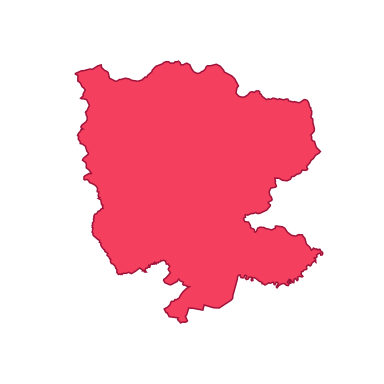 Lampa, Puno, Peru (orthographic projection), rotated 104°
{"feature_id": "86281439B39417167218696", "entity_name": "Lampa", "entity_type": "district", "adm_level": 2, "iso_a3": "PER", "parent_name": "Peru", "parent_adm1": "Puno", "projection": "orthographic", "projection_center": [-70.526, -15.382], "detail": "fine", "context": "isolated", "style": "filled", "palette": "rose", "viewbox_px": 384, "rotation_deg": 104, "n_neighbors": 0, "source": "geoboundaries", "source_scale": "gbopen_adm2", "svg_char_len": 5953}
<svg xmlns="http://www.w3.org/2000/svg" viewBox="0 0 384 384"><g transform="rotate(104 192 192)"><path d="M230.2,54.9L227.7,55.7L226.0,58.0L226.5,56.3L224.6,55.0L223.1,55.9L220.7,53.9L220.4,52.5L222.1,51.9L221.6,50.5L220.5,50.2L219.0,50.7L217.9,53.3L216.7,53.8L216.6,54.3L217.8,56.3L217.0,57.2L217.6,58.4L217.0,60.6L218.5,61.1L219.4,62.0L216.8,64.7L214.9,68.3L209.5,71.4L208.2,73.5L206.9,74.5L207.6,78.4L209.8,80.8L209.9,85.1L207.9,89.7L204.6,93.3L203.9,95.9L204.6,102.0L205.0,102.9L206.6,102.3L209.5,105.4L209.5,112.1L209.0,113.5L209.7,117.7L211.3,119.5L214.6,120.0L215.6,120.8L215.5,121.8L213.9,122.1L213.1,122.9L212.5,126.5L210.3,127.2L207.5,129.9L208.0,133.6L205.6,135.5L204.7,135.4L203.5,134.0L201.9,134.8L201.0,134.6L201.0,132.3L198.6,129.3L198.1,127.4L196.5,125.2L197.1,123.2L196.2,120.9L191.3,115.0L186.6,112.7L185.6,112.8L184.4,115.2L183.6,115.5L180.8,112.6L180.1,112.4L177.6,113.8L176.6,115.5L173.3,117.2L169.3,116.6L167.0,112.0L165.9,111.5L162.7,113.7L161.5,113.5L158.6,115.0L157.6,110.8L158.8,107.1L158.1,102.4L155.8,99.6L152.9,98.9L152.2,96.8L149.0,94.2L148.8,93.0L147.0,91.1L144.0,90.4L143.6,87.2L142.8,85.8L141.6,85.3L140.2,86.7L139.3,86.9L135.1,84.7L132.4,84.1L130.5,82.5L126.5,81.0L123.5,78.1L121.6,77.2L118.5,82.3L113.3,85.4L113.2,87.0L112.2,88.6L109.5,89.2L108.1,90.5L103.5,88.2L101.3,88.4L95.4,91.5L92.0,92.5L90.6,94.9L88.4,94.6L84.7,95.3L83.3,96.7L81.7,97.0L80.9,98.4L77.2,100.4L75.2,102.4L75.1,105.5L79.0,108.8L79.6,110.5L79.5,114.3L80.1,115.2L80.2,119.8L80.0,120.5L78.7,121.3L78.7,122.0L79.3,123.8L80.4,125.2L80.4,129.9L81.7,131.4L81.2,133.1L81.3,136.2L83.1,138.1L83.1,140.6L84.4,142.0L82.2,147.1L80.6,148.4L80.0,150.1L78.2,150.7L77.8,152.1L78.4,154.2L80.3,155.7L80.1,157.4L81.0,159.7L84.5,161.5L87.4,164.4L88.0,168.0L87.6,170.0L85.5,173.2L80.1,173.6L77.9,172.5L71.7,178.1L69.7,181.6L67.8,189.6L66.1,190.9L63.0,195.3L62.2,199.3L65.1,204.8L65.7,207.4L66.8,208.4L69.6,208.9L71.9,210.3L72.6,211.6L74.6,213.1L75.7,215.5L74.9,219.5L72.0,222.7L69.2,224.7L68.3,227.9L68.5,228.8L70.7,231.3L71.3,233.7L69.5,234.6L68.3,236.8L69.4,238.1L69.6,239.9L71.6,240.9L71.6,242.4L72.3,243.8L71.2,246.3L71.9,248.8L73.3,250.8L74.9,251.8L78.8,257.5L83.5,260.1L85.0,260.0L89.6,263.3L91.4,263.5L91.8,265.4L93.0,265.8L93.7,266.8L95.1,267.2L97.6,271.3L98.2,277.4L97.5,280.3L97.7,284.2L100.2,288.5L100.2,289.4L102.8,292.0L102.9,293.6L101.5,299.6L96.3,302.3L95.4,304.2L95.3,305.9L93.2,309.7L90.6,310.9L92.4,313.9L97.2,318.5L97.3,320.7L100.3,326.0L101.1,328.6L105.2,333.8L105.8,333.7L106.6,330.8L111.9,329.7L113.3,326.6L116.4,324.2L117.3,322.1L119.0,320.2L122.8,321.3L124.0,321.3L124.9,320.7L128.0,322.8L128.3,322.0L127.8,319.5L128.0,316.5L132.8,312.5L138.9,313.7L139.6,314.5L140.7,314.6L141.4,313.6L142.8,313.4L144.3,311.9L147.6,311.2L150.0,312.1L153.1,314.7L155.5,315.6L156.6,315.0L157.3,313.0L158.4,314.8L159.8,314.9L162.2,316.2L164.8,316.8L165.5,315.5L168.1,315.2L170.5,312.5L172.0,312.2L172.0,310.0L173.3,306.6L178.1,303.7L179.0,302.2L180.3,301.8L185.7,305.6L187.6,306.0L189.2,302.1L191.3,301.0L194.1,300.5L195.5,297.3L198.2,294.1L198.6,294.1L198.8,296.2L202.3,299.9L203.4,300.5L205.9,299.9L206.2,299.0L205.3,297.0L205.7,295.5L207.6,293.6L208.3,289.4L209.1,287.1L211.0,284.6L214.6,284.1L214.6,282.4L218.5,282.1L219.3,281.4L219.6,280.2L220.9,281.5L221.7,278.6L226.2,276.6L226.5,275.2L228.3,275.2L229.3,274.3L230.7,276.3L232.1,276.5L233.5,278.5L236.0,279.2L237.0,280.9L238.5,281.3L240.0,281.3L241.1,280.6L242.1,281.1L243.8,280.1L246.2,281.1L247.4,280.4L248.6,280.9L249.8,280.1L250.4,280.3L250.9,279.4L255.2,279.2L255.8,278.3L258.0,277.4L261.0,271.5L261.2,270.1L262.1,269.6L263.1,269.8L263.7,267.9L265.5,267.7L267.0,266.4L269.1,263.7L269.2,262.8L270.8,262.1L271.9,258.9L273.9,259.2L275.1,256.9L276.9,255.6L276.9,254.6L279.3,254.3L280.8,253.0L281.1,251.0L282.8,248.4L284.5,247.5L285.3,246.2L288.3,245.4L289.8,243.4L289.1,242.8L289.3,241.2L288.5,240.6L288.9,239.9L287.5,239.0L286.8,235.9L285.3,234.4L285.9,231.1L282.6,227.7L278.4,224.4L279.3,222.4L279.8,219.8L280.4,220.4L280.3,219.3L281.1,218.8L280.7,217.0L279.2,218.7L277.1,218.2L276.9,217.2L275.5,216.5L275.4,215.3L273.9,216.0L274.6,214.8L272.8,214.8L271.5,213.7L271.7,212.8L270.4,212.0L271.2,211.5L270.9,210.8L270.0,211.5L269.2,211.2L270.3,209.2L269.0,208.8L268.9,207.5L267.8,207.1L267.2,205.8L266.0,205.6L266.2,204.8L265.0,202.6L265.6,201.5L265.3,201.0L268.2,199.5L267.7,197.6L268.6,197.1L269.3,195.5L271.8,196.4L273.0,196.3L275.6,193.4L281.7,196.5L283.6,198.2L284.7,198.2L286.6,196.2L287.4,191.1L287.1,190.0L282.5,184.8L279.7,183.8L281.1,182.0L281.6,178.7L284.0,178.5L284.4,177.9L284.1,176.1L284.7,174.3L284.6,171.6L286.8,173.9L290.9,176.5L294.9,178.2L297.9,178.8L300.4,181.2L300.4,182.5L302.3,183.0L303.2,185.7L306.7,186.1L309.6,187.8L312.2,190.7L315.0,188.3L315.5,187.5L315.2,186.8L318.5,184.0L317.5,174.8L319.3,175.1L321.8,171.3L320.6,170.0L319.9,166.7L318.2,165.2L314.3,168.3L312.6,167.5L305.4,167.1L304.6,163.1L304.0,152.9L298.7,152.9L299.1,143.1L298.0,137.6L287.5,127.9L285.3,126.8L282.8,127.3L265.6,126.9L263.1,127.4L261.1,126.2L260.9,125.2L262.6,124.5L263.2,123.7L263.1,121.9L262.5,121.0L260.1,120.5L259.8,119.1L260.7,118.5L262.9,119.3L263.8,118.0L262.6,116.2L260.8,116.1L260.3,114.0L260.9,113.3L263.2,113.3L263.8,112.7L263.1,111.5L260.5,112.5L260.0,111.3L260.5,109.0L262.5,104.8L262.5,102.6L263.3,101.9L264.6,102.1L263.6,101.5L264.6,98.7L261.7,95.6L261.6,93.9L259.9,91.7L260.0,91.0L261.9,90.0L261.9,89.0L259.4,88.6L258.9,87.5L259.8,86.1L263.2,87.2L263.9,87.1L264.4,86.3L261.8,85.1L259.3,82.6L258.5,80.3L259.7,77.8L259.6,76.0L258.4,75.6L257.6,75.9L256.5,77.6L253.2,76.6L253.3,75.2L255.7,75.8L256.9,74.9L256.3,73.9L255.1,74.4L254.0,74.2L255.5,72.2L255.3,71.3L252.2,71.7L251.1,71.0L250.9,70.5L252.5,68.8L252.4,68.2L250.9,68.0L249.2,69.0L247.8,67.1L247.8,64.6L247.0,64.0L245.5,66.2L242.9,66.5L242.2,65.1L240.5,64.4L239.4,62.1L238.2,62.1L237.0,62.9L236.0,62.7L234.4,61.2L235.2,60.0L235.1,59.4L234.1,58.7L232.0,58.4L229.3,56.5L230.2,54.9Z" fill="#f43f5e" stroke="#9f1239" stroke-width="1.5"/></g></svg>